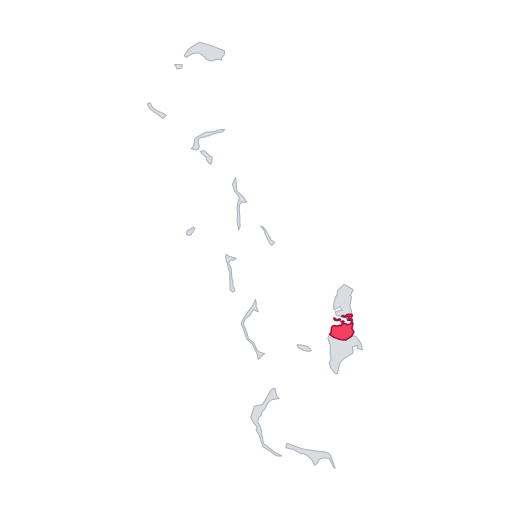 location of Central Andros within The Bahamas, rotated 206°
{"feature_id": "BHS-5020", "entity_name": "Central Andros", "entity_type": "District", "adm_level": 1, "iso_a3": "BHS", "parent_name": "The Bahamas", "parent_adm1": "", "projection": "orthographic", "projection_center": [-77.885, 24.401], "detail": "fine", "context": "in_parent", "style": "filled", "palette": "rose", "viewbox_px": 512, "rotation_deg": 206, "n_neighbors": 0, "source": "natural_earth", "source_scale": "10m", "svg_char_len": 4858}
<svg xmlns="http://www.w3.org/2000/svg" viewBox="0 0 512 512"><g transform="rotate(206 256 256)"><path d="M155.4,213.6L155.3,220.6L155.8,225.8L155.3,227.6L149.7,231.1L148.2,233.1L142.9,235.0L139.6,237.7L138.0,233.3L134.9,230.6L134.4,225.9L132.0,227.5L128.6,226.5L122.9,223.0L119.3,218.2L124.3,217.4L125.4,220.3L129.4,216.7L128.5,214.8L127.7,214.5L126.4,210.9L132.4,201.6L133.7,195.6L131.1,185.9L133.6,185.2L140.3,188.6L143.3,192.0L143.4,196.6L146.2,200.1L150.4,208.7L155.4,213.6ZM159.9,239.9L160.0,241.2L154.8,244.9L158.6,247.4L162.1,241.8L165.0,246.4L166.5,254.9L166.3,256.4L166.5,257.7L167.1,259.3L167.2,261.7L164.4,269.2L154.0,268.4L153.7,262.1L152.1,260.9L149.7,251.9L146.5,249.0L142.0,241.6L144.6,239.7L148.1,240.4L149.9,239.5L154.7,238.7L157.6,237.7L159.9,239.9ZM407.7,410.7L406.1,415.0L400.7,423.2L388.1,425.6L374.2,426.5L373.1,424.3L372.8,422.4L373.7,419.4L373.6,418.2L373.0,417.0L378.0,415.5L381.2,411.7L386.5,410.9L393.1,413.3L396.6,413.3L401.8,410.2L405.8,403.9L408.3,404.6L407.7,410.7ZM182.1,144.9L181.0,145.4L176.5,139.7L172.9,138.0L178.5,133.9L180.9,130.4L180.8,122.8L182.2,118.6L181.7,115.0L182.9,111.3L181.2,107.2L176.5,103.9L167.2,90.9L152.6,87.8L145.0,87.6L149.2,85.5L153.0,85.8L158.9,87.0L166.0,87.6L170.3,91.5L174.5,96.5L178.2,98.6L179.8,99.9L179.6,101.4L180.2,102.8L185.1,105.1L190.1,108.9L191.6,120.2L185.0,125.6L183.8,141.9L182.1,144.9ZM116.9,97.6L123.1,99.4L126.4,99.2L128.4,98.0L137.6,98.5L145.0,96.8L146.1,99.8L145.9,101.4L130.1,102.9L115.6,107.3L107.6,110.3L103.9,110.6L101.1,109.0L91.6,99.7L94.1,100.6L101.2,105.9L105.5,105.0L109.6,101.6L110.3,98.9L109.7,97.7L111.5,93.6L116.9,97.6ZM212.1,168.6L220.6,175.0L228.0,177.4L235.9,185.4L239.4,188.2L240.0,190.8L238.8,202.8L237.1,210.1L237.5,216.4L235.6,214.6L233.7,210.4L230.6,208.1L229.5,206.9L235.1,206.5L235.5,200.0L238.1,194.8L237.6,189.4L231.1,183.6L226.6,178.5L219.9,176.9L213.5,171.8L209.8,171.2L205.3,172.1L206.9,169.0L208.0,164.9L208.8,164.2L212.1,168.6ZM308.9,315.9L308.6,317.4L301.7,306.1L293.3,303.5L288.4,300.8L289.4,299.2L292.7,298.5L293.2,294.8L291.7,290.9L287.1,283.1L284.6,277.7L283.4,276.5L283.0,272.0L288.4,278.9L290.7,285.1L294.3,291.1L296.8,301.5L303.6,304.9L308.5,309.9L308.9,315.9ZM343.3,354.1L339.6,356.0L340.4,353.0L347.4,347.7L351.2,343.2L353.4,341.6L354.2,340.3L357.3,338.6L358.8,335.7L358.3,333.4L354.9,329.7L354.9,326.9L356.0,325.0L361.4,324.0L360.1,326.9L362.5,335.0L355.4,345.4L349.2,348.7L343.3,354.1ZM282.9,241.5L283.3,244.4L279.7,243.9L274.6,245.1L272.7,245.2L273.9,243.2L277.4,240.4L277.5,237.8L273.0,234.2L267.7,225.1L265.3,222.9L264.1,219.5L259.7,215.8L260.5,213.8L261.4,213.3L264.4,214.2L271.2,227.4L271.7,228.7L282.9,241.5ZM404.7,339.9L408.0,340.6L409.8,340.5L415.9,342.0L419.6,344.2L420.4,345.2L418.6,347.3L412.9,343.6L408.0,343.2L401.2,343.6L398.4,342.9L400.1,338.6L404.7,339.9ZM350.5,324.7L351.7,325.7L348.4,328.1L340.7,325.4L339.0,325.7L337.5,322.7L336.8,320.5L337.1,318.4L341.7,319.9L344.2,322.8L350.5,324.7ZM176.0,196.0L170.1,197.2L165.9,196.0L164.8,195.1L166.6,193.5L170.6,192.2L176.9,192.0L179.7,193.6L180.0,194.3L176.0,196.0ZM264.9,284.9L262.7,285.2L258.8,283.8L249.5,276.9L245.2,276.4L246.5,272.4L249.8,273.8L257.3,279.7L260.1,282.7L264.9,284.9ZM329.0,248.1L325.0,254.4L322.8,253.9L323.8,246.1L326.7,244.8L327.8,244.8L329.0,248.1ZM413.0,392.5L406.0,395.6L405.2,392.3L408.7,389.5L413.0,392.5Z" fill="#d9dde1" stroke="#a8b0b8" stroke-width="1"/><path d="M155.5,217.8L155.2,218.6L154.9,219.7L155.3,221.1L156.4,223.5L156.7,225.6L156.2,227.0L155.0,227.9L153.0,228.2L152.2,228.5L151.7,229.1L151.2,229.7L150.7,230.2L149.1,230.4L148.7,230.9L149.3,232.2L148.7,232.8L146.8,234.1L145.8,234.4L144.0,234.4L143.4,234.7L141.3,236.2L141.1,236.7L141.2,237.2L141.3,237.6L141.4,238.1L141.1,238.5L140.6,238.6L140.1,238.4L139.6,238.1L139.3,237.7L138.7,236.1L138.4,234.1L137.8,232.5L136.6,231.8L135.0,231.0L134.6,229.4L135.0,225.4L136.8,222.8L138.3,220.0L140.5,218.8L145.0,217.6L150.7,217.0L155.5,217.8ZM148.2,243.6L147.6,244.0L144.9,245.4L144.0,245.5L143.6,245.1L143.3,244.3L143.2,243.5L143.4,243.0L143.9,242.9L144.5,243.1L145.1,243.1L145.4,242.6L145.9,242.4L148.7,240.4L149.0,240.3L149.8,239.8L150.4,239.6L152.5,239.6L152.3,240.2L152.0,240.5L151.1,240.8L150.7,240.8L150.4,240.6L150.2,240.5L149.6,240.8L149.3,241.3L148.8,242.9L148.2,243.6ZM154.2,235.5L153.1,236.2L152.5,236.0L152.2,235.5L152.5,234.9L153.7,234.3L154.7,233.6L155.6,233.2L156.7,232.9L157.5,233.0L157.9,233.2L158.3,233.5L158.6,234.0L158.6,234.5L158.2,234.8L157.7,234.6L157.1,234.3L156.7,234.1L155.7,234.2L155.2,234.4L154.2,235.5ZM146.1,239.2L145.3,239.2L145.0,239.7L145.0,240.4L145.4,241.2L144.6,241.0L143.3,241.2L142.5,241.2L141.9,241.0L141.3,240.5L141.1,240.0L141.7,239.6L143.1,239.4L144.5,238.7L145.5,238.4L146.1,239.2ZM148.8,234.3L150.4,234.2L150.7,234.2L150.5,234.6L149.9,235.4L148.9,235.9L148.1,235.5L148.1,234.7L148.8,234.3Z" fill="#f43f5e" stroke="#9f1239" stroke-width="1.5"/></g></svg>